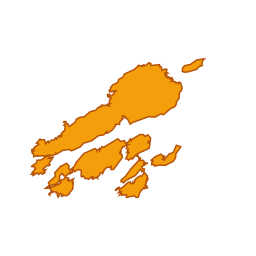 Rennesøy nor, Rogaland, Norway (Robinson projection), rotated 314°
{"feature_id": "86288312B22381651590620", "entity_name": "Rennesøy nor", "entity_type": "district", "adm_level": 2, "iso_a3": "NOR", "parent_name": "Norway", "parent_adm1": "Rogaland", "projection": "robinson", "projection_center": [5.661, 59.087], "detail": "fine", "context": "isolated", "style": "filled", "palette": "amber", "viewbox_px": 256, "rotation_deg": 314, "n_neighbors": 0, "source": "geoboundaries", "source_scale": "gbopen_adm2", "svg_char_len": 5769}
<svg xmlns="http://www.w3.org/2000/svg" viewBox="0 0 256 256"><g transform="rotate(314 128 128)"><path d="M58.9,72.3L53.5,72.7L54.5,74.4L54.0,75.2L49.2,73.9L45.8,76.6L45.0,76.4L45.1,75.5L44.8,76.5L44.9,74.9L46.4,74.1L45.4,73.8L43.3,76.7L43.6,78.5L41.8,80.1L45.3,82.0L44.9,82.7L49.0,86.0L49.1,87.1L54.4,90.2L44.6,87.6L41.6,85.0L39.4,86.4L34.1,85.2L33.3,85.5L35.3,87.7L34.4,88.4L34.6,89.7L28.4,90.1L30.6,91.1L27.8,90.8L29.9,92.7L28.3,92.3L27.9,92.6L29.7,93.3L31.0,93.0L32.3,93.5L31.4,93.4L33.5,95.2L32.7,95.9L35.7,96.7L35.2,98.5L37.4,99.1L36.9,98.5L40.9,97.9L38.8,96.8L39.1,95.5L44.8,95.7L46.0,97.5L47.6,97.3L47.4,96.1L48.4,95.5L52.4,95.0L52.3,94.2L55.7,94.7L50.9,91.8L54.2,91.5L58.8,94.3L59.8,93.6L59.6,94.7L67.0,96.8L72.0,101.0L72.0,102.8L73.5,103.8L81.3,106.8L86.4,106.7L93.6,110.8L101.9,112.0L106.2,115.3L110.4,115.2L109.3,116.1L110.7,117.1L116.2,118.2L121.1,117.4L122.1,116.4L124.7,119.5L126.4,117.9L131.0,117.9L130.6,117.1L132.9,115.7L133.0,116.9L134.1,117.0L133.9,118.7L133.0,117.8L133.4,118.9L132.8,118.7L133.8,119.3L133.9,122.3L132.2,126.9L135.5,127.6L150.8,135.1L152.9,138.2L154.2,138.4L154.4,139.8L160.9,141.8L162.2,144.3L171.6,145.1L175.3,146.8L178.1,146.4L181.0,144.5L184.9,144.1L189.4,140.3L191.7,140.5L194.3,139.2L196.7,135.2L196.9,133.3L195.3,133.4L196.0,132.9L193.6,130.9L194.2,130.8L193.2,127.8L191.7,126.8L193.5,126.7L193.2,126.0L194.2,126.2L194.6,125.0L194.0,123.2L194.0,124.9L192.3,123.8L193.1,121.8L192.2,121.5L193.2,120.8L191.9,121.0L192.4,120.4L191.3,119.4L193.1,118.8L191.9,117.5L193.1,116.3L195.2,118.5L194.9,116.5L197.1,115.4L196.2,113.7L192.9,112.2L194.5,110.7L195.0,108.9L194.2,108.5L195.4,106.6L188.9,101.1L190.2,99.8L189.5,97.7L185.2,97.3L184.1,96.4L185.3,96.3L183.4,95.9L185.1,95.4L181.9,95.2L182.1,94.3L179.9,92.5L180.3,92.1L174.8,92.0L164.5,88.0L161.0,89.0L156.6,87.6L153.7,88.9L148.4,87.1L145.1,87.3L143.9,88.4L142.0,88.2L141.3,89.6L142.3,89.4L142.8,91.3L144.0,91.4L144.9,92.6L146.1,92.9L146.6,93.6L143.5,93.4L142.7,94.2L138.7,93.3L137.6,91.7L139.5,91.5L137.8,89.9L136.5,91.5L137.9,95.4L135.2,95.3L133.0,97.2L133.3,98.4L131.4,98.0L130.9,99.3L129.7,97.2L130.6,96.8L128.6,96.2L126.3,93.3L126.0,94.0L123.3,92.5L124.6,94.0L121.8,92.3L118.5,92.4L113.2,89.4L105.8,88.8L102.0,85.8L98.4,84.8L95.7,85.9L88.3,84.9L88.2,83.6L89.4,82.4L88.1,80.3L89.6,79.0L88.3,77.5L87.4,77.7L88.4,78.9L87.3,80.2L85.5,79.8L85.5,81.6L82.5,84.0L78.1,83.8L76.5,84.5L77.1,85.1L75.9,86.0L75.3,84.6L74.3,85.2L74.5,83.8L71.4,83.7L70.4,84.6L69.7,83.2L71.4,82.7L67.9,83.1L66.3,81.3L62.3,81.1L63.2,79.7L62.7,79.4L59.4,79.8L61.5,76.0L58.7,73.2L58.9,72.3ZM67.9,114.6L60.7,116.5L59.3,119.9L63.2,120.8L64.8,123.0L64.8,124.1L60.7,127.8L60.8,128.9L62.5,129.2L61.8,132.4L63.0,133.0L63.8,135.3L68.1,135.7L68.5,136.8L66.6,137.3L66.8,138.3L70.5,139.4L70.7,141.2L71.6,140.0L74.2,140.4L75.9,139.1L77.8,140.2L77.4,141.4L80.9,140.4L79.6,140.4L80.2,139.9L85.4,140.2L86.6,142.0L88.8,142.6L86.3,144.5L88.1,146.4L103.0,144.4L104.7,142.1L104.1,140.2L104.3,139.7L105.2,140.0L105.6,139.8L104.5,139.2L111.0,137.1L111.6,138.2L116.0,138.5L116.6,139.8L115.2,139.3L112.0,141.1L113.0,142.9L109.8,144.0L111.1,144.4L110.9,145.6L109.6,145.0L110.6,146.1L109.2,145.3L109.7,145.8L104.3,147.8L105.5,149.7L105.2,150.7L109.8,151.9L108.6,152.1L108.8,152.8L113.4,152.3L114.2,154.8L114.5,152.7L115.5,152.7L115.0,153.7L116.4,152.8L128.1,157.3L132.0,154.7L131.3,152.4L132.7,152.0L132.5,153.6L133.6,153.6L136.5,151.1L136.9,147.1L133.7,146.0L134.0,143.7L131.5,141.1L122.7,138.7L120.8,139.3L121.7,137.2L118.1,138.0L115.2,136.4L116.5,134.1L113.2,132.0L113.2,128.2L96.9,123.8L96.5,122.1L92.2,123.4L93.4,121.8L89.9,121.8L90.9,121.2L90.3,118.5L79.1,114.0L67.9,114.6ZM76.5,161.8L73.9,162.4L78.1,163.5L77.7,165.4L74.7,166.1L77.5,167.6L73.9,168.5L76.2,169.2L75.3,170.2L79.0,173.3L76.9,175.0L83.8,179.8L83.7,182.0L85.5,183.5L89.8,181.3L94.5,180.7L96.5,181.1L97.2,181.9L96.1,182.1L98.6,183.6L99.3,181.8L98.4,181.1L100.5,179.6L100.0,179.5L103.4,178.3L102.6,178.0L103.3,177.4L105.2,177.9L105.5,177.3L104.2,177.3L106.9,175.4L107.4,170.7L102.8,171.3L102.1,170.0L98.4,169.1L95.1,169.0L94.1,170.3L92.1,170.3L92.6,169.2L91.5,169.8L89.7,168.7L91.0,167.2L89.1,165.9L80.7,165.3L78.7,163.9L79.3,162.8L76.5,161.8ZM30.2,113.5L29.9,116.2L29.2,116.6L30.5,117.2L25.4,116.9L25.2,118.4L26.7,117.4L30.1,118.6L32.2,120.7L32.3,122.0L31.6,121.9L32.3,123.1L30.6,123.7L29.8,125.7L33.9,124.8L34.6,127.3L31.9,127.3L34.4,128.3L36.7,130.9L40.3,131.6L39.7,131.1L45.7,130.6L50.7,126.5L49.9,126.3L50.5,125.2L53.6,124.1L48.8,122.4L49.6,121.5L48.6,120.5L50.4,120.1L49.6,119.7L50.1,119.3L49.3,116.8L46.9,117.6L43.4,115.6L42.1,116.2L42.5,117.5L40.4,117.5L30.2,113.5ZM149.2,174.8L141.9,177.5L137.6,175.6L129.8,176.3L129.7,174.5L131.6,175.3L130.2,174.5L133.1,174.1L132.7,172.7L131.7,172.7L132.2,169.9L126.5,167.6L120.3,167.0L121.9,167.8L121.6,169.1L120.3,169.3L120.8,168.4L118.0,170.5L119.8,172.5L119.1,173.6L123.2,176.4L127.1,180.8L135.3,183.7L139.5,183.0L142.8,180.3L151.2,179.0L149.2,174.8ZM54.8,106.1L44.7,106.5L42.9,109.3L33.4,108.6L32.4,111.2L27.3,110.6L29.1,112.4L34.2,112.8L37.8,115.4L42.6,115.2L45.9,112.2L49.1,111.8L49.7,112.3L49.0,114.6L50.1,116.7L56.5,117.0L54.7,118.0L57.3,118.8L60.0,117.6L60.3,116.7L59.4,116.4L60.1,115.8L57.8,115.5L57.4,114.0L59.9,111.8L59.9,108.3L54.1,106.4L54.8,106.1ZM114.1,157.9L114.6,156.0L112.3,158.3L100.0,158.5L91.7,159.8L85.7,159.2L84.5,160.3L85.7,161.6L85.4,162.8L89.5,163.1L98.8,166.3L106.6,165.6L107.1,166.0L106.2,168.6L107.9,169.5L109.9,168.3L108.8,166.6L109.6,164.9L111.9,165.1L114.3,163.4L114.5,165.2L113.4,165.7L116.8,166.5L114.7,165.1L115.2,161.1L113.0,159.2L114.8,158.0L114.1,157.9ZM211.9,125.3L209.0,125.7L206.4,127.7L207.3,129.8L210.1,132.2L217.8,136.6L221.9,136.6L224.5,138.0L224.5,137.1L228.3,135.0L230.8,134.9L224.6,130.1L217.0,128.7L211.9,125.3Z" fill="#f59e0b" stroke="#b45309" stroke-width="1.5"/></g></svg>